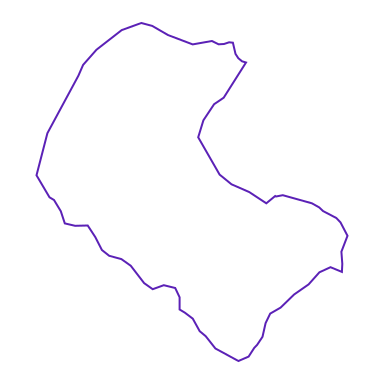 the Province of Zoundwéogo
{"feature_id": "BFA-2831", "entity_name": "Zoundwéogo", "entity_type": "Province", "adm_level": 1, "iso_a3": "BFA", "parent_name": "Burkina Faso", "parent_adm1": "", "projection": "natural_earth1", "projection_center": [-0.901, 11.547], "detail": "fine", "context": "isolated", "style": "outline", "palette": "violet", "viewbox_px": 384, "rotation_deg": 0, "n_neighbors": 0, "source": "natural_earth", "source_scale": "10m", "svg_char_len": 984}
<svg xmlns="http://www.w3.org/2000/svg" viewBox="0 0 384 384"><path d="M211.9,41.0L218.6,44.3L224.0,44.0L229.1,42.3L232.9,42.7L235.5,53.9L238.3,58.2L242.0,61.3L246.0,62.5L223.7,97.7L214.1,104.2L203.4,120.3L198.2,137.3L219.6,174.6L231.5,184.3L249.3,192.1L266.3,203.3L275.2,196.0L276.0,196.5L282.8,195.2L311.9,203.3L319.2,207.4L323.1,211.1L336.3,218.0L340.5,222.4L347.5,235.8L341.4,251.7L342.3,263.9L341.9,271.9L330.5,267.2L319.4,272.3L308.6,284.4L294.1,294.5L280.6,307.6L270.2,313.6L265.6,323.1L262.5,336.8L257.1,344.9L254.3,347.8L248.6,356.6L238.4,361.0L215.4,348.5L205.7,336.2L199.7,331.2L192.8,318.7L184.9,312.7L179.6,309.5L179.6,297.3L175.2,288.0L163.8,285.2L152.7,289.2L144.1,283.1L130.8,265.8L121.4,259.1L109.2,255.8L101.9,250.0L95.3,237.1L87.7,225.5L75.1,225.8L64.8,223.4L60.8,211.2L54.0,200.0L49.5,197.3L36.5,175.3L47.4,133.2L78.4,75.7L83.1,64.9L96.5,49.7L121.7,30.1L141.3,23.0L152.2,25.9L168.1,35.1L192.7,44.4L211.9,41.0Z" fill="none" stroke="#5b21b6" stroke-width="2"/></svg>